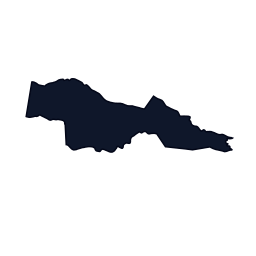 Banse, Laborie, Saint Lucia, rotated 109°
{"feature_id": "8701671B18948997599977", "entity_name": "Banse", "entity_type": "district", "adm_level": 2, "iso_a3": "LCA", "parent_name": "Saint Lucia", "parent_adm1": "Laborie", "projection": "natural_earth1", "projection_center": [-60.992, 13.795], "detail": "fine", "context": "isolated", "style": "filled", "palette": "ink", "viewbox_px": 256, "rotation_deg": 109, "n_neighbors": 0, "source": "geoboundaries", "source_scale": "gbopen_adm2", "svg_char_len": 5664}
<svg xmlns="http://www.w3.org/2000/svg" viewBox="0 0 256 256"><g transform="rotate(109 128 128)"><path d="M89.6,114.2L104.7,118.6L104.9,119.6L105.1,121.2L105.2,122.4L105.2,123.8L105.3,124.9L105.4,126.0L105.6,128.1L105.7,129.6L105.7,130.9L106.1,132.2L106.6,133.6L107.1,135.3L107.2,136.5L107.1,136.9L107.1,138.6L106.9,140.9L107.2,143.2L108.3,146.6L108.8,148.2L109.0,149.4L109.2,150.5L109.3,151.7L109.5,152.9L109.5,156.7L109.4,157.5L108.9,159.1L108.6,159.9L107.8,161.6L107.5,161.9L107.2,162.5L106.5,163.6L105.6,165.3L105.1,166.2L104.9,167.0L104.7,167.8L104.6,168.9L104.4,169.7L104.0,172.0L104.0,172.9L103.9,174.1L103.7,174.8L103.4,175.8L102.2,177.8L101.9,178.3L101.3,179.5L100.9,180.6L100.7,181.2L101.3,182.2L101.8,182.8L101.8,183.8L101.5,184.3L101.0,185.0L100.3,185.9L100.0,186.6L99.9,187.1L99.7,188.5L99.5,189.5L99.4,190.3L99.3,191.4L99.2,192.3L99.0,193.8L99.1,195.0L99.5,196.4L99.7,197.0L100.2,197.6L100.8,198.1L101.6,198.5L101.9,198.6L102.1,198.9L102.3,199.2L102.3,199.4L102.2,199.6L101.8,200.2L101.7,200.4L101.6,200.7L102.0,201.6L102.6,202.2L103.4,203.1L103.5,203.3L103.8,203.8L103.9,204.0L103.5,204.5L103.2,204.8L103.1,205.4L103.5,206.2L104.1,207.5L104.7,208.4L105.1,209.0L105.7,209.5L107.2,210.7L107.8,211.3L108.8,212.6L109.0,213.0L109.8,213.9L110.0,214.3L110.5,215.4L111.5,217.0L112.3,217.9L112.9,218.5L113.4,218.9L114.0,219.5L114.7,219.8L115.2,220.0L115.6,220.5L115.6,221.0L115.9,222.6L116.3,225.5L116.4,226.7L116.3,227.1L115.6,229.1L115.4,230.7L115.3,231.6L115.3,232.1L115.4,232.7L115.4,233.0L115.7,233.7L115.8,233.9L150.3,228.0L150.3,227.4L150.1,225.6L150.0,224.8L149.7,224.2L149.5,223.6L148.8,222.4L148.5,221.8L148.4,221.6L147.5,220.3L147.3,220.0L147.0,219.3L146.9,219.1L146.8,218.4L146.7,218.0L146.2,217.4L145.9,217.0L145.0,216.3L144.7,216.2L144.4,215.8L144.3,215.5L144.3,215.1L144.4,214.7L144.5,214.2L144.6,213.8L144.8,212.3L144.9,211.2L145.1,209.9L145.2,209.0L145.3,208.0L145.5,206.9L145.8,205.9L145.9,205.3L145.9,204.3L145.8,203.9L145.3,203.1L144.6,202.4L144.3,201.9L143.9,201.0L143.7,199.5L143.5,198.6L142.9,197.5L142.6,196.9L142.3,194.9L142.1,193.9L142.0,192.0L142.3,190.9L142.5,190.5L142.8,190.0L143.3,189.7L144.1,189.4L144.3,189.3L144.9,189.0L145.0,188.7L144.9,188.6L163.8,181.0L163.7,180.7L163.8,179.4L163.8,178.8L164.1,178.4L164.3,178.0L164.5,177.6L164.7,177.2L164.9,176.9L165.3,176.1L165.6,175.5L165.8,175.1L165.9,174.9L166.1,174.4L166.2,174.1L166.4,172.6L166.3,172.0L166.1,171.6L165.9,171.2L165.6,170.6L165.3,170.0L164.2,168.8L164.0,168.4L163.6,168.0L163.4,167.6L163.1,167.2L161.3,164.7L161.2,164.4L161.0,164.0L160.6,163.2L159.9,162.2L159.6,161.6L159.3,161.0L158.5,159.5L158.5,159.4L158.4,159.2L158.0,158.0L157.8,157.4L157.6,156.4L157.4,155.9L157.4,155.2L157.4,154.7L157.6,153.6L157.9,152.8L158.1,152.5L158.4,152.3L159.1,151.9L159.2,151.7L159.6,151.1L159.7,150.9L159.8,150.8L159.9,149.8L159.8,149.3L159.7,149.0L159.6,148.0L159.5,147.6L159.5,147.3L159.2,146.9L158.9,146.7L158.1,146.5L157.8,146.4L157.4,146.2L156.9,145.9L156.6,145.6L156.2,145.1L156.1,143.7L156.1,143.2L156.1,142.9L156.2,142.1L156.3,139.9L156.4,139.1L156.4,138.9L156.5,137.8L156.4,137.0L156.4,136.7L156.2,136.0L155.8,135.0L155.7,134.9L155.5,134.7L155.3,134.5L154.2,133.6L153.9,133.4L152.9,133.1L151.6,132.7L150.8,132.4L150.0,132.3L149.6,132.2L149.0,132.1L148.9,132.1L148.7,131.8L148.6,131.1L149.0,129.7L149.0,129.2L149.0,128.7L149.1,128.4L149.2,127.6L149.0,126.8L148.1,126.4L147.8,126.5L147.6,126.5L147.0,126.6L146.3,126.7L145.9,126.8L145.7,126.8L145.2,126.7L144.5,126.4L144.4,126.3L143.9,125.9L143.5,125.7L143.3,125.5L142.7,124.7L142.5,124.0L142.4,123.3L142.2,122.2L142.1,121.9L142.0,121.7L141.9,121.6L141.5,121.2L140.6,121.2L140.4,121.2L139.0,121.7L138.2,121.9L137.3,122.0L137.2,122.0L135.6,121.8L135.3,121.6L135.0,121.4L133.5,120.1L133.3,119.9L132.9,119.7L131.0,118.5L130.7,118.2L130.1,117.8L129.5,117.3L128.7,116.7L127.9,116.1L127.9,115.8L128.1,114.9L128.2,113.9L128.1,113.4L127.5,113.0L126.8,112.5L126.7,112.3L126.4,111.9L126.0,111.5L125.9,111.3L125.7,110.6L125.7,109.7L125.9,109.1L126.3,108.4L126.5,108.0L126.8,106.9L126.6,106.0L126.2,105.3L126.1,105.2L125.3,103.7L124.8,102.3L124.6,101.8L124.4,101.2L124.3,100.6L124.3,100.0L124.1,99.5L124.0,99.1L133.5,86.5L130.4,72.9L129.1,67.2L127.6,59.9L122.4,50.3L121.5,48.7L119.1,44.2L119.4,43.4L119.5,42.5L119.7,41.0L119.7,38.2L119.7,37.9L119.6,37.1L119.5,36.6L119.1,33.0L119.0,32.0L118.9,31.1L118.9,30.3L118.9,29.5L118.9,29.1L118.3,27.8L117.7,26.9L116.5,25.5L115.8,24.5L115.2,23.4L114.9,22.5L114.9,22.1L114.7,22.7L114.3,23.5L114.2,24.0L114.5,24.5L114.2,24.8L113.5,25.2L113.0,25.4L112.3,25.8L112.1,26.6L112.4,27.7L112.5,28.5L111.7,29.1L111.1,28.6L110.6,28.4L110.5,28.8L110.5,29.8L110.1,30.8L108.6,31.3L107.9,31.0L107.4,30.3L106.8,30.3L106.1,30.5L105.8,30.7L105.5,30.2L105.1,28.7L104.9,28.0L104.0,26.3L103.8,26.1L103.5,25.9L103.5,26.6L103.5,27.5L103.8,28.4L103.9,29.9L104.0,31.0L103.8,31.9L103.6,33.3L103.4,34.5L103.3,35.6L103.4,36.9L104.3,38.6L104.7,40.0L104.7,41.6L104.6,43.1L104.4,44.9L104.4,46.6L104.4,48.3L104.8,49.7L105.3,50.9L105.6,51.9L106.0,52.4L106.1,53.1L105.9,53.7L105.3,54.6L105.1,54.9L105.1,55.9L105.6,56.4L106.4,56.9L106.7,57.2L106.9,57.6L107.0,57.9L106.7,58.7L106.0,60.0L105.2,61.0L104.4,62.4L104.1,63.6L104.2,63.9L104.5,65.5L104.6,66.1L104.5,67.6L104.0,68.9L103.5,69.5L102.4,70.3L101.4,71.0L100.8,72.2L100.7,72.5L100.3,72.8L99.8,72.7L98.4,72.7L98.1,72.7L97.4,72.9L97.2,74.3L97.7,76.2L98.7,79.3L99.2,80.6L99.8,82.3L99.8,82.9L99.1,83.6L97.5,85.1L96.5,86.3L96.1,87.4L96.1,89.9L95.9,91.9L95.8,93.5L95.5,95.5L95.3,96.5L95.2,97.8L95.0,98.8L94.9,99.2L94.5,99.9L93.4,101.3L91.8,103.3L90.9,105.0L90.8,106.1L90.7,107.7L90.7,109.3L90.5,110.6L90.2,111.9L89.6,114.2Z" fill="#0f172a" stroke="#020617" stroke-width="1.5"/></g></svg>